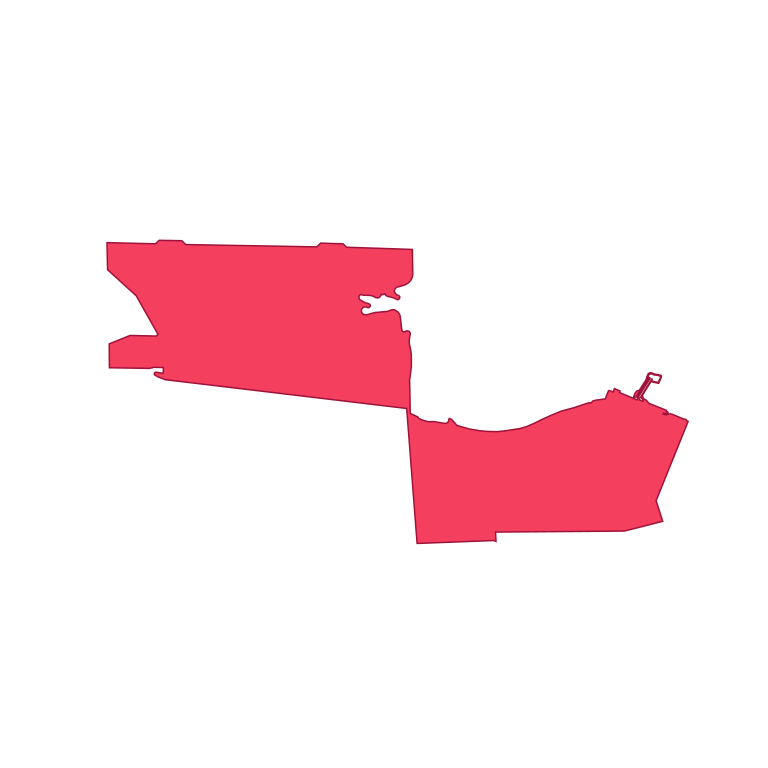 outline of 49, Ad Dawhah, Qatar, rotated 292°
{"feature_id": "91078587B40201324753921", "entity_name": "49", "entity_type": "district", "adm_level": 2, "iso_a3": "QAT", "parent_name": "Qatar", "parent_adm1": "Ad Dawhah", "projection": "robinson", "projection_center": [51.615, 25.249], "detail": "fine", "context": "isolated", "style": "filled", "palette": "rose", "viewbox_px": 768, "rotation_deg": 292, "n_neighbors": 0, "source": "geoboundaries", "source_scale": "gbopen_adm2", "svg_char_len": 3457}
<svg xmlns="http://www.w3.org/2000/svg" viewBox="0 0 768 768"><g transform="rotate(292 384 384)"><path d="M463.3,680.0L463.3,678.2L464.3,677.3L463.8,675.4L463.9,662.0L463.6,660.7L463.1,659.7L462.1,658.5L461.4,657.5L460.9,656.1L460.7,654.0L461.7,654.0L462.4,656.7L463.0,657.7L463.7,658.1L464.2,657.9L464.5,657.0L464.4,656.0L465.4,655.7L465.3,637.1L467.3,633.1L467.5,630.2L470.2,627.8L486.2,630.6L487.5,638.4L493.0,638.6L493.0,638.0L488.1,637.6L487.1,631.5L487.6,630.9L488.9,630.9L488.9,630.4L487.0,630.1L467.8,626.8L466.4,630.5L464.9,630.5L465.0,626.8L465.7,626.7L467.1,625.0L468.1,624.9L489.1,628.6L489.3,627.9L481.8,626.7L466.3,623.9L465.8,624.6L464.0,624.6L464.1,621.4L466.0,621.3L466.4,622.6L485.6,625.8L487.2,626.3L489.4,626.5L490.9,626.0L491.9,626.2L492.8,626.7L493.4,627.5L493.7,628.5L493.6,631.1L494.5,633.9L494.7,637.0L494.4,637.5L493.9,637.8L494.1,638.5L495.3,638.3L495.7,637.8L495.2,633.6L494.5,631.4L494.5,630.0L494.6,627.9L494.0,626.4L492.7,625.2L489.6,625.0L486.4,625.4L473.8,623.1L472.3,621.0L468.6,620.1L464.2,620.5L464.3,605.5L466.0,605.4L466.0,603.1L466.0,599.4L462.4,599.4L462.4,595.2L461.9,594.7L453.1,594.7L450.4,590.0L448.4,586.5L446.5,584.0L444.0,583.1L443.2,580.7L439.7,576.6L433.5,569.4L425.1,558.3L417.8,550.9L410.4,543.8L404.0,538.1L398.1,532.4L393.5,526.5L386.5,514.8L382.4,507.2L378.8,497.7L376.5,490.1L374.3,480.2L372.9,467.2L376.3,460.4L376.7,458.1L376.4,457.3L374.1,457.7L372.0,457.5L370.6,456.0L369.5,451.9L367.9,444.4L365.7,439.3L365.1,435.0L365.0,429.2L366.1,427.8L366.6,419.3L375.0,415.8L378.7,414.2L379.7,413.8L396.9,406.4L410.9,402.7L420.8,398.6L425.6,396.0L430.8,392.4L433.7,391.2L434.2,391.0L437.7,390.1L439.7,389.8L441.1,389.2L442.1,387.9L442.2,386.7L441.9,385.2L440.8,384.2L440.0,383.3L439.8,383.1L439.7,382.2L439.9,381.1L441.2,380.0L451.9,374.2L453.5,373.2L455.0,371.5L456.0,369.7L456.5,367.8L456.7,365.9L456.2,364.2L455.5,363.2L454.7,362.4L453.6,361.2L452.7,360.0L452.2,359.2L450.2,355.2L448.9,352.8L447.9,350.8L447.1,349.3L446.4,348.2L445.6,347.1L444.5,345.6L442.2,342.7L441.4,341.5L441.0,340.3L440.9,339.0L441.3,337.6L442.0,336.6L442.9,335.8L443.9,335.4L445.1,335.3L446.2,335.6L447.3,336.1L448.2,337.1L448.6,338.4L448.8,339.4L448.7,340.6L449.2,341.3L449.8,341.8L451.0,342.1L451.8,341.8L452.4,341.3L452.7,340.4L452.7,339.4L452.5,337.3L452.5,334.3L453.0,330.9L453.3,329.8L453.3,329.6L454.3,328.6L455.2,328.3L456.1,328.0L457.1,328.2L458.0,328.9L458.4,329.9L458.6,331.7L459.5,334.2L460.7,337.3L461.3,340.0L461.2,342.1L461.0,344.3L461.5,345.9L462.3,347.1L463.4,347.6L464.8,347.9L465.9,347.7L466.1,348.8L466.8,349.9L467.8,350.9L467.3,351.6L466.7,352.9L466.6,354.4L467.2,358.2L467.4,360.7L467.3,363.5L467.2,364.9L467.7,365.7L468.5,366.2L469.5,366.3L470.3,366.2L471.2,365.5L471.5,364.5L471.5,362.8L472.0,361.2L472.8,360.0L473.7,359.1L475.0,358.6L476.3,358.6L477.5,359.0L478.8,359.9L480.1,361.8L481.9,364.1L484.1,366.7L486.9,368.8L489.7,369.9L492.2,370.2L494.4,370.1L496.9,369.4L519.4,359.9L496.8,298.1L498.6,293.5L490.9,272.5L486.0,270.4L439.0,147.9L441.1,142.8L433.0,121.7L428.4,119.6L411.3,74.2L386.4,84.9L379.7,103.0L378.7,105.7L373.0,121.2L345.4,155.8L343.1,154.8L333.9,130.4L318.3,114.2L296.2,123.3L310.6,160.7L313.4,164.7L316.6,173.2L311.2,175.4L309.5,167.8L308.4,167.1L306.7,167.5L305.9,171.2L306.1,177.6L305.9,179.0L369.8,414.2L248.6,474.4L248.9,475.2L280.0,544.4L280.0,546.8L288.5,542.9L330.2,643.9L337.8,662.1L361.1,693.8L377.8,680.0L463.3,680.0Z" fill="#f43f5e" stroke="#9f1239" stroke-width="1.5"/></g></svg>